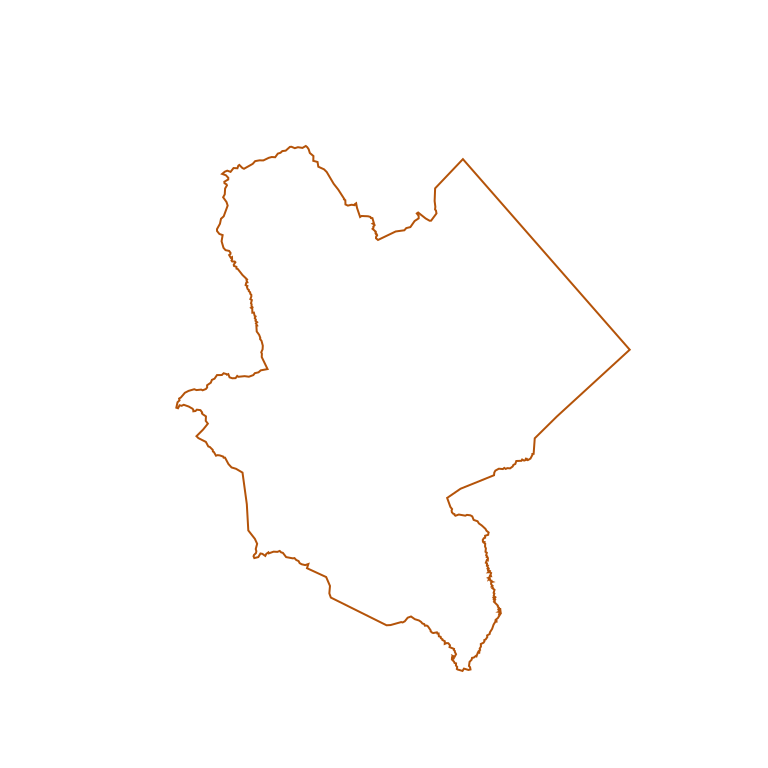 the district of Molumbo, Zambezia, Mozambique, rotated 135°
{"feature_id": "85939544B56224707964526", "entity_name": "Molumbo", "entity_type": "district", "adm_level": 2, "iso_a3": "MOZ", "parent_name": "Mozambique", "parent_adm1": "Zambezia", "projection": "robinson", "projection_center": [36.267, -15.679], "detail": "fine", "context": "isolated", "style": "outline", "palette": "amber", "viewbox_px": 768, "rotation_deg": 135, "n_neighbors": 0, "source": "geoboundaries", "source_scale": "gbopen_adm2", "svg_char_len": 6166}
<svg xmlns="http://www.w3.org/2000/svg" viewBox="0 0 768 768"><g transform="rotate(135 384 384)"><path d="M506.7,126.6L505.7,127.4L505.8,128.1L504.1,128.0L503.5,129.2L501.1,129.8L499.4,131.7L496.6,130.7L495.0,131.0L494.2,132.0L492.7,131.5L489.9,132.0L488.9,133.3L486.1,132.5L484.7,133.5L480.7,134.4L476.6,136.4L473.2,137.2L472.5,136.4L471.9,137.0L472.4,137.9L471.9,138.3L469.0,138.0L463.5,139.3L463.5,139.9L464.6,140.2L463.3,140.9L464.0,141.8L462.8,141.4L462.7,143.1L461.8,143.2L461.7,141.7L460.9,142.7L462.2,143.9L460.9,144.5L461.0,146.0L460.2,146.8L460.2,152.2L459.1,152.2L458.8,154.1L458.3,154.3L458.5,153.4L457.9,153.2L457.7,155.3L456.7,154.8L457.0,154.2L456.0,154.4L456.3,156.6L454.1,157.8L454.2,158.8L451.4,160.3L451.7,162.8L451.2,162.7L451.0,163.9L450.3,164.3L450.8,164.7L450.1,164.9L449.7,166.9L448.3,168.1L447.3,167.5L447.7,168.4L447.1,168.9L447.8,170.0L446.9,171.4L448.1,171.7L447.1,172.2L447.4,173.2L445.9,172.7L444.9,173.4L444.2,172.5L443.5,173.9L441.9,174.6L442.0,175.8L443.4,177.1L441.4,177.1L441.6,177.9L442.6,177.8L442.2,178.7L441.5,178.9L441.4,180.0L440.4,179.7L439.9,182.0L439.1,182.2L439.6,182.9L438.0,184.3L438.4,185.6L435.7,186.8L435.3,185.9L433.6,187.4L433.4,188.4L432.9,188.0L433.6,188.9L432.9,189.2L432.9,190.6L430.6,192.0L430.9,193.6L428.2,195.7L427.5,197.6L425.3,199.6L425.6,201.2L424.8,201.3L425.5,202.6L424.4,203.9L422.5,204.4L421.2,203.8L419.8,205.2L417.0,203.7L415.3,204.9L414.9,204.3L415.3,207.7L414.7,209.8L414.9,214.9L415.5,218.3L414.9,220.8L416.7,224.5L415.2,228.0L415.8,230.1L417.9,232.8L419.6,233.4L423.4,238.8L426.6,240.3L426.8,241.2L426.2,242.2L426.8,243.3L426.7,245.3L425.6,246.8L424.3,247.4L424.0,250.1L419.9,258.8L403.9,255.8L370.7,241.7L368.6,243.4L366.5,244.0L362.7,242.9L360.1,239.8L358.3,239.6L358.0,237.9L356.3,237.3L354.5,235.2L351.3,234.7L349.7,235.3L347.7,234.6L344.9,236.0L341.1,232.5L339.7,232.9L339.1,230.8L337.7,230.1L336.5,230.9L335.9,230.1L336.5,229.2L336.2,228.5L333.2,227.7L329.3,228.9L328.6,229.6L327.6,228.8L315.8,239.0L285.0,238.8L186.0,234.5L169.2,487.2L209.5,486.2L218.8,477.6L222.4,473.0L224.5,471.3L224.6,469.9L226.3,467.5L235.2,466.2L236.3,467.2L237.5,471.6L238.6,481.1L240.2,481.4L240.6,478.4L242.4,476.6L247.1,477.6L254.4,476.3L258.0,478.5L260.9,478.3L267.9,483.6L286.4,490.1L286.6,492.7L285.7,493.6L284.0,493.9L283.7,495.5L283.3,495.1L282.5,497.8L282.1,497.8L282.4,501.8L281.0,501.9L280.2,502.9L278.4,502.9L278.0,503.6L278.6,505.4L277.3,505.1L274.9,509.5L275.9,510.6L275.5,511.8L276.7,513.9L281.1,518.7L282.8,519.0L278.5,527.7L275.9,531.5L277.6,531.8L278.4,531.3L280.2,533.7L283.4,535.7L284.3,538.2L281.4,541.3L281.7,542.7L281.3,542.8L278.9,553.8L278.0,561.2L274.6,574.4L274.6,578.2L276.8,584.1L274.0,588.0L276.2,591.8L272.7,595.1L273.1,599.8L271.3,603.2L270.8,605.7L271.0,607.6L274.7,608.6L277.4,612.3L280.3,613.8L281.7,617.2L282.9,618.2L288.5,618.5L291.2,620.6L293.7,620.7L296.2,622.0L300.6,621.3L302.9,623.9L305.5,625.4L311.2,627.4L313.9,630.2L317.5,632.7L321.2,632.5L330.8,635.2L331.4,636.8L331.4,641.2L332.6,641.4L335.1,640.2L337.7,643.1L342.5,642.5L344.0,645.7L346.5,646.7L349.9,647.0L348.2,643.4L348.3,639.9L349.5,638.8L353.9,639.9L354.8,638.8L354.2,636.5L354.6,635.5L358.1,634.6L362.5,630.7L365.7,629.8L366.7,624.0L368.4,620.7L378.8,615.9L382.4,616.1L386.7,613.3L392.6,611.6L393.9,610.2L394.3,606.5L392.8,603.4L397.9,599.8L401.2,593.8L401.4,590.7L399.4,587.6L399.8,585.2L400.7,584.5L402.3,584.7L403.1,581.6L401.8,581.2L403.2,579.6L404.5,579.2L404.7,578.0L403.0,576.2L403.0,575.2L405.9,574.6L406.6,573.6L405.5,571.2L406.7,569.9L406.1,568.7L407.0,561.1L406.9,554.8L407.7,554.8L408.7,552.5L409.6,553.1L411.9,551.8L411.3,549.9L412.3,549.6L413.3,547.5L413.1,546.0L413.9,545.3L413.8,543.5L414.8,542.3L414.7,541.0L415.9,539.7L418.5,538.5L418.1,536.8L421.0,535.1L421.2,534.0L422.6,532.8L422.7,531.4L424.1,531.8L423.9,530.4L426.7,527.5L425.5,526.5L427.3,523.7L427.0,522.6L428.8,522.0L429.1,520.1L430.2,519.6L430.0,517.4L431.7,517.5L432.4,515.0L433.1,515.4L436.9,511.1L437.5,507.1L438.9,504.0L439.8,503.5L440.1,501.1L442.6,496.8L445.3,494.4L448.4,493.2L448.9,491.8L451.4,489.5L455.8,476.9L461.5,480.8L464.5,481.0L467.7,483.0L470.1,482.7L474.4,484.7L477.0,488.1L481.9,492.1L482.1,493.5L484.8,493.1L487.2,495.3L488.5,497.9L487.1,501.1L488.5,501.7L488.4,502.4L489.8,505.0L492.3,505.0L495.8,508.4L500.1,507.6L502.8,508.6L505.5,507.4L510.0,508.2L511.5,506.6L513.5,506.4L516.7,507.8L517.2,509.3L520.9,512.3L521.9,514.5L527.0,517.3L531.0,518.6L537.2,518.1L539.2,518.6L540.2,517.0L542.9,517.1L547.6,514.1L546.8,512.5L543.6,513.5L542.5,511.7L540.3,510.9L538.0,506.1L536.9,502.0L537.0,500.8L538.1,499.5L536.4,498.2L534.5,498.2L532.3,495.3L532.7,492.5L533.4,492.1L533.6,491.1L532.8,487.0L536.1,484.0L536.6,480.5L544.1,479.7L553.5,479.7L553.5,476.9L550.9,469.0L552.4,464.1L551.7,462.6L551.7,458.5L552.7,457.3L552.4,456.2L553.5,452.1L552.0,451.4L550.6,449.6L549.0,446.3L549.5,445.3L548.5,444.3L550.6,437.4L550.8,432.8L548.6,428.7L546.7,421.4L566.0,396.0L583.5,376.4L584.8,365.8L586.7,360.7L591.4,358.0L592.5,356.0L594.1,355.0L596.9,355.0L598.1,354.4L598.8,352.6L595.3,350.5L591.2,351.5L590.1,349.9L589.5,346.4L587.3,347.1L584.8,346.7L585.2,345.7L580.6,343.5L578.1,340.7L575.8,339.7L575.8,337.7L574.9,336.1L575.6,330.8L571.7,325.1L570.4,324.2L570.5,321.6L569.6,319.2L570.3,317.0L569.7,314.8L567.8,311.7L564.8,310.2L568.7,308.2L561.4,288.4L565.0,279.4L570.7,274.6L572.6,270.6L552.8,211.6L549.8,208.9L540.2,203.5L539.4,202.2L537.1,201.5L532.5,202.0L529.3,200.5L528.5,195.9L526.5,192.1L526.0,189.6L526.2,187.5L525.3,185.8L526.0,184.2L524.6,183.0L524.3,181.6L525.2,176.8L525.9,176.1L525.8,174.3L525.3,173.1L522.2,171.0L522.7,169.8L521.8,169.0L523.6,166.8L522.7,165.2L523.5,164.1L523.2,162.1L523.7,161.7L522.9,159.1L524.8,157.3L522.9,156.5L521.8,155.2L522.1,152.6L523.7,151.6L521.8,147.2L522.7,146.6L522.7,145.1L523.4,144.4L524.1,142.0L526.9,141.2L527.7,143.2L528.8,140.6L530.1,140.8L530.0,141.9L530.8,141.2L530.8,138.2L531.4,136.8L530.6,135.5L532.2,134.1L532.3,132.2L534.0,131.0L533.9,130.2L531.4,125.6L528.7,126.2L526.5,122.1L524.7,121.0L523.4,122.9L523.3,124.5L520.0,127.0L517.0,127.1L515.4,128.1L514.0,127.1L510.7,126.7L510.8,126.2L507.6,127.7L506.7,126.6Z" fill="none" stroke="#b45309" stroke-width="2"/></g></svg>